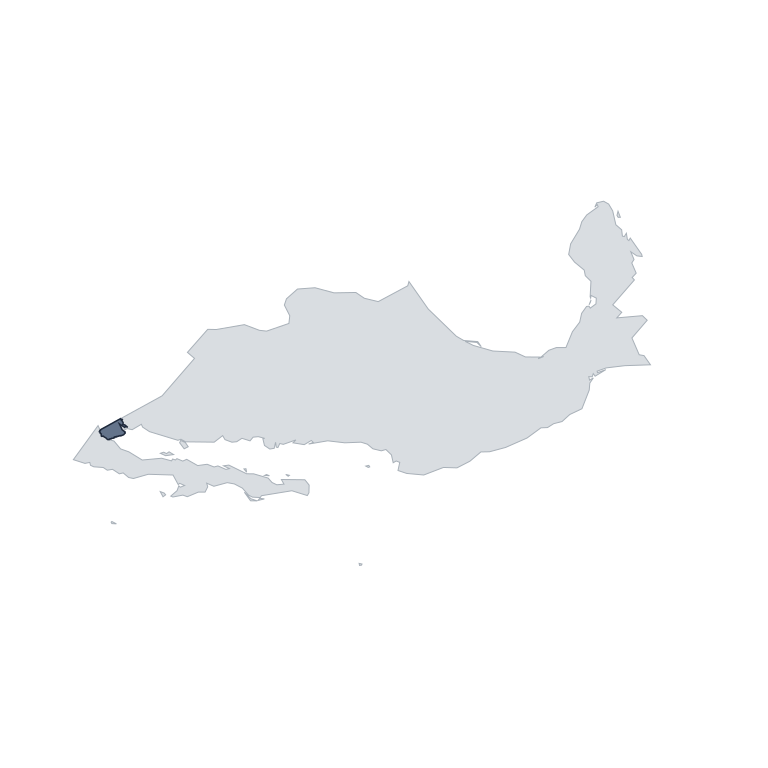 location of San Luis Río Colorado, Sonora, Mexico, rotated 311°
{"feature_id": "50627088B17136177006846", "entity_name": "San Luis Río Colorado", "entity_type": "district", "adm_level": 2, "iso_a3": "MEX", "parent_name": "Mexico", "parent_adm1": "Sonora", "projection": "robinson", "projection_center": [-114.67, 31.992], "detail": "fine", "context": "in_parent", "style": "filled", "palette": "slate", "viewbox_px": 768, "rotation_deg": 311, "n_neighbors": 0, "source": "geoboundaries", "source_scale": "gbopen_adm2", "svg_char_len": 6307}
<svg xmlns="http://www.w3.org/2000/svg" viewBox="0 0 768 768"><g transform="rotate(311 384 384)"><path d="M123.1,199.2L165.0,195.5L163.0,199.8L229.5,224.3L279.0,224.2L278.9,214.9L309.6,215.1L315.1,221.7L337.2,239.7L342.8,254.8L346.9,260.7L367.3,272.5L373.7,268.1L378.2,257.0L384.3,254.5L398.9,256.4L411.4,268.8L420.0,286.5L434.6,302.7L435.8,312.9L442.4,325.6L473.7,337.5L477.7,335.6L469.6,368.2L467.5,407.2L469.1,415.6L477.5,426.9L476.0,432.9L476.3,426.8L469.4,417.3L471.7,426.1L480.3,444.5L494.0,462.0L497.2,473.0L506.7,484.1L504.2,483.8L509.5,486.5L507.8,484.9L517.6,486.3L524.6,490.2L530.9,497.4L547.1,491.9L559.1,491.1L567.0,486.8L575.4,486.0L577.2,487.6L576.6,489.9L583.5,491.4L588.1,487.9L586.7,482.2L584.4,483.6L585.0,482.4L597.3,472.8L597.8,464.9L601.3,460.4L601.0,447.8L602.9,438.4L612.3,432.9L629.1,430.0L636.3,426.8L644.6,426.1L658.3,429.3L659.3,427.2L655.8,427.1L660.3,425.7L666.0,429.8L667.2,435.5L664.7,443.0L656.3,454.5L656.3,462.2L652.0,466.9L652.9,468.6L656.8,468.0L652.8,472.8L652.9,474.7L655.7,474.1L650.9,493.4L649.6,495.2L646.6,490.8L645.7,483.5L642.0,491.0L637.9,491.6L633.1,501.6L627.2,501.4L626.8,504.7L593.8,504.7L594.1,516.4L586.6,516.3L605.1,534.2L604.8,540.8L581.4,540.9L573.5,557.4L576.0,561.6L573.3,572.5L555.9,553.8L542.0,541.2L533.5,536.4L532.6,537.7L540.4,542.0L528.4,538.2L529.1,535.1L526.0,536.4L523.9,533.7L521.8,536.6L525.9,538.0L519.8,538.7L514.0,542.9L495.2,549.6L482.8,544.2L472.5,543.0L465.4,538.1L458.4,536.0L453.9,531.2L437.1,527.4L415.9,517.4L402.1,508.1L396.3,501.7L382.1,499.5L368.6,494.1L360.0,483.6L341.4,473.7L331.4,459.8L327.9,451.3L335.2,447.3L333.9,443.7L330.6,442.6L335.4,436.1L335.8,428.4L331.8,425.8L327.8,418.1L327.7,411.0L325.0,404.8L313.9,393.0L304.2,378.8L289.2,366.5L293.5,368.9L293.7,366.2L285.9,363.6L279.9,353.9L284.0,354.2L272.4,347.6L270.7,344.4L266.4,345.6L265.7,344.1L268.9,340.4L263.4,343.3L260.0,340.5L259.2,334.1L263.2,328.5L264.7,329.6L261.8,323.7L258.0,320.1L253.2,320.2L249.8,312.4L243.8,310.7L240.3,307.4L237.7,300.5L239.2,296.1L228.7,294.0L210.2,272.2L209.1,267.0L206.3,265.4L194.2,238.3L193.1,230.1L194.4,227.3L184.3,223.9L181.9,219.5L178.6,218.0L175.1,220.5L161.3,212.4L163.8,217.6L162.2,227.8L165.4,235.9L168.0,251.4L182.1,264.9L186.6,274.1L188.7,273.7L189.8,276.4L191.8,276.7L193.8,282.7L197.7,284.5L200.2,296.9L207.4,303.2L209.9,310.2L213.2,312.4L215.8,320.7L218.7,322.8L217.0,316.6L221.0,320.1L226.1,339.2L230.7,344.6L237.0,358.3L236.2,364.1L237.6,369.2L242.8,374.2L244.6,369.2L259.8,387.1L258.6,393.8L252.7,398.7L249.5,399.3L243.0,384.5L219.3,364.8L217.1,365.1L212.3,358.9L211.3,354.7L212.5,345.4L210.4,336.6L206.7,330.4L195.2,322.7L192.8,315.2L190.8,318.4L185.0,319.9L180.6,314.8L169.9,309.5L168.2,305.1L160.2,298.8L159.5,296.6L167.7,297.8L172.5,296.0L172.5,298.0L176.6,300.1L175.0,295.0L173.1,294.7L176.9,284.5L161.2,265.3L148.3,256.9L145.9,252.6L145.8,245.5L142.6,243.2L141.5,235.1L137.4,231.7L136.8,226.9L131.1,219.3L130.1,215.8L131.8,213.4L127.9,210.4L123.1,199.2ZM209.5,272.5L208.2,277.4L204.0,275.7L205.6,268.3L208.0,267.6L209.5,272.5ZM192.7,271.5L186.6,266.2L185.0,260.7L188.0,262.5L188.8,265.5L191.8,266.3L192.7,271.5ZM664.9,453.0L663.4,451.4L664.1,449.2L667.9,447.3L664.9,453.0ZM212.6,365.0L208.3,359.9L210.7,349.6L210.1,358.9L212.6,365.0ZM157.1,291.9L153.9,291.2L156.0,285.7L157.5,289.7L157.1,291.9ZM102.9,273.8L100.1,270.2L100.7,268.7L101.7,268.8L102.9,273.8ZM216.2,365.2L218.8,369.1L213.4,365.3L216.2,365.2ZM312.6,425.9L312.1,427.6L310.7,426.9L310.1,424.1L312.6,425.9ZM238.6,354.7L239.6,357.8L236.7,353.9L238.6,354.7ZM228.0,334.0L229.5,335.4L227.3,338.2L228.0,334.0ZM233.7,485.5L232.6,485.9L231.0,484.6L232.3,482.9L233.7,485.5ZM581.2,486.1L578.3,486.8L583.3,485.1L581.2,486.1ZM253.0,372.5L251.5,372.2L251.3,369.2L253.0,372.5Z" fill="#d9dde1" stroke="#a8b0b8" stroke-width="1"/><path d="M163.5,214.1L163.9,214.0L164.0,214.0L164.4,214.1L164.5,214.2L164.7,214.4L164.8,214.5L164.9,214.8L165.0,214.9L165.2,215.1L165.5,215.2L165.7,215.3L165.8,215.3L166.2,215.3L166.6,215.2L166.8,215.2L167.0,215.3L167.3,215.4L167.5,215.5L167.8,215.7L168.0,215.8L168.1,216.1L168.3,216.3L168.4,216.5L168.5,216.5L168.8,216.6L168.7,216.7L168.7,216.8L168.8,216.8L169.0,216.9L169.0,217.0L169.3,217.1L169.5,217.1L169.7,217.3L169.8,217.4L169.8,217.5L170.0,217.6L170.3,217.8L170.6,218.0L170.8,218.0L171.2,218.3L171.3,218.4L171.4,218.5L171.6,218.5L171.8,218.6L172.0,218.8L171.9,218.8L172.0,218.8L171.9,218.8L171.9,218.7L171.9,218.8L172.0,218.9L172.0,219.0L171.9,218.9L171.9,219.0L172.0,219.0L172.3,219.3L172.5,219.5L172.8,219.7L172.9,219.8L173.1,219.8L173.4,220.0L173.6,220.1L173.8,220.2L173.9,220.3L174.0,220.4L174.2,220.5L174.3,220.5L174.5,220.6L174.8,220.7L174.9,220.8L175.0,220.8L175.3,220.8L175.5,220.8L175.9,220.8L176.4,220.8L176.6,220.8L176.8,220.9L177.1,220.9L177.3,220.8L177.3,220.7L177.2,220.7L177.3,220.6L177.2,220.6L177.3,220.5L177.3,220.4L177.3,220.2L177.5,220.1L177.8,220.0L177.7,216.2L178.1,215.5L180.3,210.5L181.1,216.9L182.3,216.7L183.2,219.0L183.1,215.5L183.1,215.3L182.2,213.4L182.6,213.3L183.5,212.6L183.8,212.3L184.4,210.3L184.5,210.2L184.8,209.7L185.4,209.9L185.5,209.4L185.1,209.1L184.5,209.1L185.0,207.9L178.5,205.5L177.6,205.2L175.9,204.6L175.7,204.5L175.4,204.4L173.9,203.8L173.0,203.5L172.6,203.4L164.0,200.2L163.5,200.1L163.4,200.1L163.4,200.3L163.2,200.4L162.9,200.5L162.7,200.4L162.5,200.2L162.4,200.2L162.2,200.1L161.9,200.3L161.7,200.3L161.4,200.3L161.2,200.5L161.3,200.7L161.3,200.8L161.3,201.0L161.3,201.3L161.2,201.4L161.1,201.5L160.9,201.7L160.9,201.8L160.9,202.0L161.0,202.0L160.9,202.2L160.7,202.2L160.7,202.3L160.8,202.3L160.8,202.5L160.8,202.8L160.8,203.0L160.8,203.3L160.7,203.3L160.5,203.5L160.4,203.6L160.3,203.8L160.2,203.9L160.0,204.0L159.9,204.1L159.7,204.3L159.6,204.5L159.4,204.7L159.5,204.8L159.4,204.9L159.3,205.1L159.4,205.3L159.4,205.5L160.1,206.0L160.3,206.3L160.6,206.6L160.4,207.3L160.9,209.5L160.7,210.4L160.8,212.0L161.0,212.1L161.2,212.3L161.2,212.5L161.3,212.6L161.5,212.7L161.7,212.8L161.7,213.0L161.8,213.1L162.0,213.0L162.4,213.1L162.5,213.1L162.8,213.1L163.0,213.2L163.0,213.3L163.1,213.6L163.2,213.9L163.3,214.0L163.5,214.1ZM166.2,215.3L165.8,215.4L165.9,215.5L166.1,215.6L166.4,215.7L166.5,215.8L166.9,216.0L167.0,216.0L167.1,215.9L167.2,215.7L167.3,215.6L167.2,215.5L167.1,215.4L166.8,215.4L166.6,215.3L166.2,215.3Z" fill="#64748b" stroke="#1e293b" stroke-width="1.5"/></g></svg>